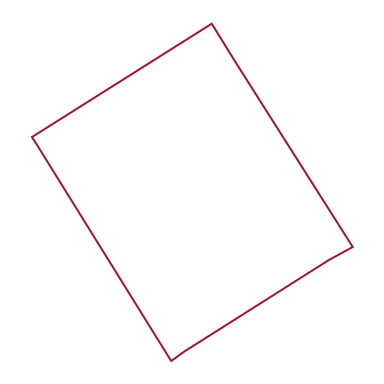 Hayes, Nebraska, United States of America (Equal Earth projection), rotated 58°
{"feature_id": "52423323B94723190981294", "entity_name": "Hayes", "entity_type": "district", "adm_level": 2, "iso_a3": "USA", "parent_name": "United States of America", "parent_adm1": "Nebraska", "projection": "equal_earth", "projection_center": [-101.069, 40.525], "detail": "fine", "context": "isolated", "style": "outline", "palette": "rose", "viewbox_px": 384, "rotation_deg": 58, "n_neighbors": 0, "source": "geoboundaries", "source_scale": "gbopen_adm2", "svg_char_len": 266}
<svg xmlns="http://www.w3.org/2000/svg" viewBox="0 0 384 384"><g transform="rotate(58 192 192)"><path d="M105.0,86.3L59.7,86.1L60.6,298.6L69.7,298.5L324.3,299.2L323.2,283.5L322.2,112.0L323.8,84.8L105.0,86.3Z" fill="none" stroke="#9f1239" stroke-width="2"/></g></svg>